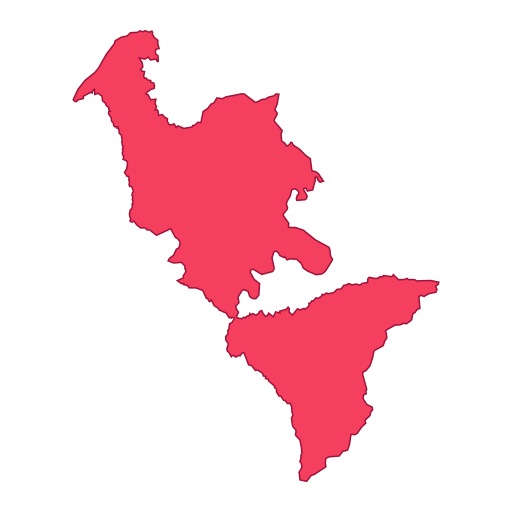 the district of Lehlakaneng, Mafeteng, Lesotho
{"feature_id": "5366337B94978153293499", "entity_name": "Lehlakaneng", "entity_type": "district", "adm_level": 2, "iso_a3": "LSO", "parent_name": "Lesotho", "parent_adm1": "Mafeteng", "projection": "equal_earth", "projection_center": [27.647, -29.815], "detail": "fine", "context": "isolated", "style": "filled", "palette": "rose", "viewbox_px": 512, "rotation_deg": 0, "n_neighbors": 0, "source": "geoboundaries", "source_scale": "gbopen_adm2", "svg_char_len": 6041}
<svg xmlns="http://www.w3.org/2000/svg" viewBox="0 0 512 512"><path d="M438.8,282.2L430.6,280.5L416.8,280.9L414.6,279.6L408.6,279.6L407.0,278.4L404.3,279.5L398.5,279.7L393.3,274.6L392.6,276.1L390.9,276.6L383.5,275.5L382.6,276.8L379.3,276.9L378.4,278.2L374.6,278.4L369.2,277.3L367.9,278.6L367.6,282.4L362.3,283.4L359.6,285.1L356.2,284.0L351.7,285.0L349.7,283.7L347.3,284.1L346.8,284.9L343.8,285.3L341.1,289.0L337.1,289.3L333.7,292.6L328.1,293.7L326.3,293.0L324.0,294.8L322.3,294.3L321.0,296.8L317.5,298.4L315.9,297.8L313.3,300.9L311.9,300.8L310.3,302.9L308.7,303.4L309.2,305.6L305.4,309.3L304.0,308.4L300.0,309.9L297.5,308.8L292.4,315.0L289.1,312.0L289.3,308.5L288.1,307.1L286.4,309.2L279.7,311.2L280.0,312.9L275.6,311.9L273.4,316.8L268.6,313.1L267.5,315.6L265.7,316.4L263.2,313.9L261.7,310.5L259.3,311.7L258.6,313.6L255.6,315.2L252.9,313.6L250.9,314.7L249.9,313.5L249.2,315.6L246.5,316.4L245.3,317.9L243.8,317.2L241.8,318.7L238.0,318.1L236.4,317.0L238.5,312.2L236.5,309.3L235.7,306.2L239.0,302.6L238.0,297.2L242.1,290.3L244.3,289.8L248.0,291.3L249.6,296.1L250.7,297.5L253.9,298.8L255.9,298.6L258.8,295.2L259.6,283.6L254.1,279.4L250.3,272.4L250.8,269.9L253.3,269.3L261.8,274.4L272.4,271.6L273.9,269.6L274.1,267.6L272.0,258.0L273.8,252.0L276.2,251.0L278.7,253.3L279.7,255.5L284.0,257.5L284.9,256.8L287.1,259.9L289.4,258.9L296.6,259.2L301.1,263.3L303.4,268.1L307.6,271.1L316.2,274.7L321.7,274.0L323.7,272.7L325.8,270.7L332.2,260.3L332.4,258.9L330.6,256.2L329.8,249.5L328.9,247.3L315.4,239.9L303.4,230.2L295.4,227.5L288.4,227.4L288.8,223.4L283.2,215.4L283.7,213.6L287.3,209.2L287.5,207.2L286.4,204.5L286.9,201.6L290.2,196.0L291.7,189.7L295.1,188.7L298.4,191.2L298.9,193.4L297.1,195.8L296.3,198.8L296.9,200.4L305.1,199.7L306.6,198.5L307.1,195.8L303.5,189.4L304.0,188.3L306.1,188.3L307.4,191.0L312.6,190.0L315.5,179.5L315.0,177.8L316.0,176.9L317.2,177.3L317.9,180.1L320.0,182.2L323.5,181.2L318.4,173.7L315.8,171.7L311.9,170.8L310.3,158.7L305.6,155.4L299.9,149.5L293.3,145.1L292.0,142.6L290.9,142.3L289.4,144.7L286.6,146.1L285.0,143.4L281.7,141.0L281.0,134.4L282.2,130.6L274.3,121.2L274.2,119.9L277.0,114.6L277.2,113.2L274.9,109.7L277.1,104.3L278.9,94.2L275.7,94.0L274.3,95.7L268.1,97.3L265.2,99.3L262.3,99.3L256.5,102.2L255.2,102.3L244.4,94.1L241.9,93.8L226.0,96.9L222.3,98.7L216.9,97.9L213.9,103.0L210.9,104.2L207.6,108.6L203.2,111.4L200.9,122.6L197.7,122.3L195.1,125.0L192.7,125.5L191.9,127.1L183.8,128.4L177.9,125.8L176.2,127.6L174.2,123.9L170.4,125.0L169.0,124.3L167.2,121.2L167.5,118.7L164.6,117.1L162.3,114.5L158.7,115.5L158.0,110.8L157.3,109.9L155.1,109.9L156.6,106.9L155.0,103.4L155.9,99.2L150.6,99.7L148.1,94.7L145.9,94.1L146.4,92.8L151.0,89.3L154.1,88.5L154.5,85.8L153.8,83.1L150.9,82.3L150.7,80.5L147.7,80.0L146.2,78.1L144.8,78.3L143.6,76.6L144.6,71.5L142.2,71.2L140.7,69.3L142.8,67.0L142.6,65.0L142.2,62.8L139.2,58.0L145.0,59.1L148.1,57.1L150.5,60.0L155.8,59.1L157.4,61.6L158.3,61.2L158.0,55.9L155.6,53.7L155.5,51.0L156.1,49.1L159.1,48.6L157.7,43.6L157.9,40.4L154.3,37.5L152.3,34.0L152.6,32.2L151.9,31.1L149.0,32.2L145.2,30.7L142.9,31.7L139.8,30.9L137.6,32.3L130.5,32.7L127.0,36.0L121.3,37.2L115.2,40.7L114.3,43.8L106.5,54.0L98.3,68.4L94.8,72.5L85.1,80.3L78.1,89.2L73.2,99.7L74.7,101.4L76.6,101.6L77.7,100.0L83.3,98.5L83.4,96.2L90.4,92.5L92.3,92.9L92.4,91.1L94.4,89.3L94.8,94.5L98.0,93.3L102.0,96.1L102.5,100.8L105.1,102.9L106.4,105.7L108.8,107.4L108.6,109.0L110.2,111.2L108.8,111.4L108.5,113.7L111.1,117.6L111.6,121.2L113.5,123.3L113.6,125.6L115.1,127.0L117.9,126.9L117.0,128.1L118.9,129.2L119.2,133.2L121.3,135.2L122.2,140.5L121.8,141.8L122.4,145.6L123.2,146.3L122.4,149.5L123.1,150.6L122.3,152.4L122.6,155.0L123.8,156.1L123.0,159.3L126.7,160.9L127.5,163.1L126.7,168.7L124.5,172.4L127.1,176.4L128.2,176.2L129.0,177.7L128.8,180.1L129.5,181.9L129.0,184.8L129.7,186.4L130.8,186.0L132.2,187.6L133.4,191.8L132.4,192.9L131.9,195.6L132.9,196.3L132.3,199.6L132.9,200.8L132.7,204.0L132.0,204.2L132.4,206.6L131.6,208.9L130.3,209.7L129.4,214.1L130.0,217.3L131.0,218.7L130.0,220.4L130.3,221.5L132.2,222.1L134.2,221.2L136.9,225.1L140.7,227.9L144.9,227.9L147.3,230.0L149.5,229.8L156.5,235.3L170.7,228.7L175.3,237.3L178.3,239.2L180.2,242.5L178.9,247.8L176.3,249.3L173.7,255.1L169.4,258.4L168.1,260.9L173.6,263.0L181.4,262.4L185.2,266.3L184.8,268.4L185.8,270.2L185.6,272.2L183.3,275.7L183.3,277.9L177.3,280.6L181.2,283.5L183.7,283.6L183.5,284.6L187.5,285.5L189.0,287.8L196.0,287.9L202.8,290.5L206.3,298.2L207.6,298.6L209.0,301.1L209.7,301.7L211.4,300.1L214.2,305.7L218.3,308.3L219.0,309.9L226.2,313.1L229.2,317.8L230.7,317.2L231.1,318.1L233.1,317.4L234.0,318.1L234.2,319.1L231.8,322.6L229.6,323.7L228.8,329.2L227.8,330.5L228.0,334.2L225.7,336.4L225.9,340.3L228.4,343.8L226.8,348.8L227.5,351.5L228.7,352.0L231.3,356.7L232.1,355.6L234.2,355.7L235.6,357.1L239.1,355.4L240.0,355.9L242.0,353.2L244.0,352.7L248.6,364.9L251.5,365.4L255.3,370.4L257.9,370.2L262.8,373.5L263.2,375.9L265.8,376.4L265.4,378.5L268.1,379.2L268.8,381.1L274.8,386.3L274.4,387.4L276.4,389.0L276.5,391.9L278.9,396.0L280.8,396.2L283.5,400.2L285.4,400.7L287.5,403.6L290.0,403.3L291.7,406.9L291.9,412.0L293.0,414.7L291.5,417.9L292.2,424.0L293.2,427.2L295.6,429.6L296.1,431.7L295.4,434.4L296.2,436.1L299.9,439.9L301.4,447.2L301.9,453.5L300.8,455.6L301.0,458.1L299.9,461.6L301.3,463.6L302.0,467.3L299.1,472.1L300.0,479.9L306.7,481.3L311.3,475.3L314.2,474.5L325.9,466.8L325.3,462.7L325.9,458.3L329.2,456.8L339.2,456.0L342.7,451.4L347.5,450.2L349.5,444.4L350.9,435.0L351.5,434.3L355.1,434.7L357.6,432.9L361.4,427.3L365.8,423.1L364.9,420.3L369.9,415.7L370.9,411.8L372.6,409.9L372.2,407.1L367.0,404.6L363.3,399.1L363.3,395.1L366.3,393.7L365.8,391.9L366.7,389.3L362.6,374.2L363.1,371.8L365.9,370.7L369.9,365.9L372.4,358.5L374.0,350.8L383.2,345.6L384.6,341.4L386.8,338.0L386.3,333.1L385.4,331.1L387.2,329.5L394.8,325.2L400.1,324.8L403.8,323.3L406.2,323.8L410.6,320.9L411.6,319.7L412.9,313.7L415.0,312.6L416.6,309.9L419.9,308.3L418.9,296.5L421.2,295.3L423.9,296.5L429.1,293.6L435.9,292.2L437.0,289.5L435.5,286.2L438.3,284.3L438.8,282.2Z" fill="#f43f5e" stroke="#9f1239" stroke-width="1.5"/></svg>